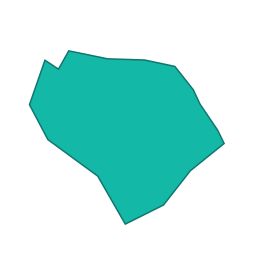 SVG path tracing the border of Praia, rotated 253°
{"feature_id": "CPV-5053", "entity_name": "Praia", "entity_type": "state/province", "adm_level": 1, "iso_a3": "CPV", "parent_name": "Cabo Verde", "parent_adm1": "", "projection": "robinson", "projection_center": [-23.509, 14.947], "detail": "fine", "context": "isolated", "style": "filled", "palette": "teal", "viewbox_px": 256, "rotation_deg": 253, "n_neighbors": 0, "source": "natural_earth", "source_scale": "10m", "svg_char_len": 361}
<svg xmlns="http://www.w3.org/2000/svg" viewBox="0 0 256 256"><g transform="rotate(253 128 128)"><path d="M217.1,68.4L204.6,78.7L219.1,93.9L200.1,128.7L188.2,163.7L173.2,190.8L145.5,201.6L130.0,203.8L99.6,213.1L85.1,215.4L68.9,175.1L44.0,139.5L36.9,97.3L90.8,85.0L140.3,48.0L179.1,40.6L217.1,68.4Z" fill="#14b8a6" stroke="#0f766e" stroke-width="1.5"/></g></svg>